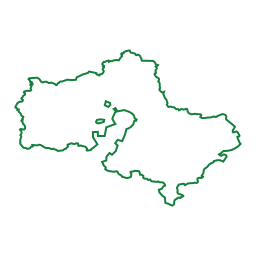 map outline of Moskovskaya (Robinson projection)
{"feature_id": "RUS-2364", "entity_name": "Moskovskaya", "entity_type": "Region", "adm_level": 1, "iso_a3": "RUS", "parent_name": "Russia", "parent_adm1": "", "projection": "robinson", "projection_center": [37.527, 55.599], "detail": "fine", "context": "isolated", "style": "outline", "palette": "green", "viewbox_px": 256, "rotation_deg": 0, "n_neighbors": 0, "source": "natural_earth", "source_scale": "10m", "svg_char_len": 5795}
<svg xmlns="http://www.w3.org/2000/svg" viewBox="0 0 256 256"><path d="M78.7,145.9L78.3,145.7L78.1,144.9L78.2,143.9L77.9,143.4L75.9,143.4L74.5,144.1L70.9,143.3L69.2,144.2L67.6,144.6L67.5,144.9L68.0,146.6L66.5,147.9L66.1,148.6L64.3,149.2L63.2,150.2L62.6,150.4L58.1,150.9L57.6,150.9L56.4,149.8L54.7,149.5L53.6,148.7L53.1,148.7L51.8,149.2L49.1,148.1L45.4,147.9L40.9,145.1L38.8,144.7L37.3,145.4L32.5,145.0L33.0,146.1L32.7,146.5L31.0,146.7L30.1,148.1L27.9,148.9L25.2,147.9L23.6,147.9L20.6,144.4L20.1,143.0L20.4,142.3L20.2,140.1L21.3,136.6L21.1,136.0L20.4,135.1L20.8,134.4L21.4,133.7L21.6,133.1L21.4,131.3L20.8,130.5L20.0,129.9L19.9,129.7L20.3,129.2L20.9,129.0L22.8,129.4L24.4,129.4L25.0,128.5L25.2,126.7L23.9,124.5L23.1,123.9L22.6,122.1L21.6,121.3L21.4,120.7L21.6,120.2L22.8,119.7L22.4,118.5L23.3,117.4L23.3,116.9L21.3,115.4L21.0,114.3L20.4,113.3L18.7,111.7L18.6,110.8L18.8,109.5L18.4,109.5L17.7,110.1L17.3,110.0L17.2,108.6L16.9,108.2L15.5,107.6L15.4,106.9L17.1,103.6L18.0,102.7L19.8,101.7L21.9,101.6L22.6,101.1L22.9,99.9L21.5,98.8L21.4,98.3L22.5,97.2L23.1,95.9L24.5,95.1L25.0,94.5L25.0,93.4L23.9,92.5L24.3,91.5L26.7,90.8L29.5,90.9L30.8,90.5L31.2,90.1L30.6,88.2L31.5,86.2L31.3,85.6L30.4,85.2L30.3,84.8L30.6,84.2L31.0,84.0L32.2,84.7L32.5,84.5L32.6,83.9L31.7,82.0L30.6,82.6L30.4,82.5L29.7,80.2L28.5,79.2L28.8,78.6L29.3,78.3L36.9,77.7L38.3,78.3L39.4,79.1L40.9,81.4L42.1,82.3L42.9,82.4L44.3,81.9L45.9,81.7L46.7,81.8L48.8,83.1L51.5,82.6L55.1,84.1L56.0,85.1L56.8,85.0L57.8,83.3L58.9,82.8L59.7,81.8L60.3,81.5L62.1,81.5L67.2,79.7L71.7,80.1L75.8,79.8L76.0,79.7L76.5,77.7L77.1,77.0L78.5,76.6L82.6,74.5L88.0,72.9L89.0,71.6L89.3,71.6L96.1,73.0L96.4,73.3L96.3,73.9L96.6,74.4L98.0,74.7L98.8,75.4L99.4,75.4L99.8,74.4L101.7,74.1L102.3,73.7L103.6,71.9L103.7,70.9L102.8,69.7L102.7,68.9L103.0,68.4L103.9,67.6L103.9,67.2L103.3,66.7L104.1,66.3L104.1,66.0L102.3,64.4L102.6,63.1L103.8,61.9L104.3,62.1L108.0,60.6L108.5,60.6L108.9,61.8L110.2,61.1L112.0,61.1L113.7,60.4L116.7,60.0L118.6,60.3L119.2,60.1L119.9,58.5L121.9,56.3L121.6,55.7L122.0,55.1L122.0,54.7L121.2,54.0L121.6,53.3L123.3,53.4L123.7,53.1L123.6,52.5L124.0,52.0L126.2,51.1L129.1,50.5L129.8,50.6L130.3,52.2L130.9,52.6L134.8,53.5L135.4,53.9L135.5,54.6L136.0,55.1L136.6,55.2L137.9,54.7L138.8,54.9L140.2,56.2L140.6,57.4L141.4,58.5L141.5,60.1L141.9,60.7L152.7,60.9L153.7,61.3L154.9,62.4L155.7,64.3L158.0,65.1L157.6,65.6L155.7,66.5L156.5,67.4L156.8,68.4L155.5,70.6L156.0,72.7L155.7,73.2L154.6,73.6L154.5,74.4L155.2,75.3L155.8,76.6L158.3,78.1L158.9,78.8L159.0,79.7L158.3,81.6L159.2,82.3L159.7,83.4L159.7,86.1L160.1,88.1L160.0,88.4L159.4,89.2L159.4,89.7L160.2,90.8L161.8,92.3L162.5,92.4L164.0,91.8L163.4,93.9L163.4,94.5L164.0,95.5L164.9,98.0L166.6,99.9L166.7,101.1L167.5,103.0L167.5,103.4L166.8,104.6L168.2,106.8L168.6,107.0L170.2,106.5L172.4,107.1L174.1,107.3L176.3,109.2L178.2,109.1L179.0,110.3L179.8,110.0L181.1,109.0L183.8,109.6L186.1,108.9L186.9,108.9L187.4,109.9L187.6,111.3L188.6,113.0L190.6,114.1L191.7,114.3L194.8,113.8L200.7,114.4L201.2,114.9L201.2,115.5L200.3,117.0L200.7,117.4L202.3,118.2L203.6,118.0L205.4,118.1L206.8,117.6L211.1,117.4L213.4,116.5L216.0,117.0L216.6,116.8L217.4,116.0L221.9,114.3L223.0,114.1L224.5,114.6L225.7,115.3L226.2,116.0L226.3,116.6L226.0,119.0L226.5,119.7L233.8,125.6L234.9,126.6L234.7,127.3L232.8,130.4L232.8,132.1L233.2,132.5L236.4,131.5L237.3,131.9L237.6,132.2L239.3,135.3L239.5,135.9L239.2,136.4L237.4,136.8L237.7,138.4L239.7,142.9L240.6,143.9L237.3,147.0L232.0,149.9L227.9,150.8L223.7,151.0L222.8,151.5L221.1,153.2L219.0,154.3L218.9,154.4L220.0,155.3L221.1,155.8L223.5,154.5L225.2,154.7L226.3,155.5L226.6,156.6L223.3,161.6L220.7,160.5L218.7,160.1L217.5,160.2L213.8,161.1L213.7,161.9L213.3,162.4L211.2,163.2L208.7,164.9L207.2,167.1L204.7,168.6L203.8,170.0L203.4,173.2L201.6,175.9L201.8,176.2L203.0,176.7L202.8,177.2L201.7,177.9L198.8,177.8L197.6,178.3L197.4,179.1L197.9,181.5L197.8,182.1L197.4,182.7L196.6,182.9L194.5,182.7L193.2,183.1L188.7,183.3L186.3,184.3L185.2,185.2L184.6,184.9L183.9,183.8L183.3,183.7L178.8,184.6L177.1,187.4L177.0,188.0L177.7,190.4L177.4,191.9L177.5,192.7L178.1,193.6L181.9,194.9L183.3,195.7L183.3,196.1L182.9,196.5L181.4,197.0L180.5,198.0L179.9,197.9L179.7,197.5L179.1,197.5L176.9,198.5L176.6,199.0L175.1,199.6L174.6,200.5L174.2,201.8L174.0,204.2L173.4,204.9L172.4,205.5L170.7,205.0L168.8,203.9L165.4,202.9L165.2,201.5L165.0,198.5L164.6,197.1L162.6,196.0L159.3,192.2L159.2,190.8L158.8,190.1L158.8,189.7L161.7,188.9L163.5,186.2L165.1,185.6L165.0,184.9L164.1,183.4L163.0,182.5L159.5,182.2L158.2,181.4L157.1,181.9L151.6,181.3L151.2,181.0L150.1,179.5L148.2,180.0L147.1,178.9L146.5,178.7L144.8,178.7L144.0,178.4L143.2,177.7L143.4,176.0L142.9,175.5L141.6,174.8L140.0,174.7L139.8,172.9L139.0,171.2L134.7,170.8L132.5,171.6L130.7,171.7L130.5,171.9L130.5,172.5L131.2,173.6L131.4,174.2L130.9,176.8L130.1,177.3L126.9,178.1L121.9,176.7L121.6,175.6L119.1,174.3L118.3,173.4L117.5,171.8L116.9,171.3L116.2,171.3L114.0,171.8L108.4,171.0L105.7,169.6L105.2,169.1L105.7,168.0L105.7,167.3L103.6,165.3L103.2,164.0L102.1,161.9L106.2,160.5L106.5,156.7L109.5,153.0L112.0,154.7L115.8,151.0L117.6,145.5L115.2,143.2L117.6,139.9L122.2,141.1L125.0,134.4L126.4,129.1L128.0,128.6L130.7,127.1L133.2,124.5L134.4,120.7L136.1,120.8L136.6,119.5L134.6,118.1L134.0,115.6L132.6,113.9L129.3,111.9L124.2,110.1L117.4,111.4L115.4,108.1L113.7,109.0L116.2,111.6L114.8,112.8L114.0,115.0L112.8,117.1L112.4,119.2L115.4,124.0L106.3,127.3L104.7,136.0L97.9,136.0L97.8,131.9L92.9,132.1L93.0,137.2L97.4,144.3L92.5,148.4L91.5,148.8L90.9,150.1L87.1,150.6L86.7,150.2L87.1,148.9L87.0,148.6L85.6,146.9L84.8,146.5L82.9,146.2L80.6,145.5L78.7,145.9ZM98.8,123.4L103.8,121.9L104.2,119.9L100.5,119.3L97.0,119.9L96.0,121.8L96.5,122.8L98.8,123.4ZM108.3,107.0L110.4,104.8L110.0,102.9L105.9,101.3L104.8,105.2L108.3,107.0Z" fill="none" stroke="#15803d" stroke-width="2"/></svg>